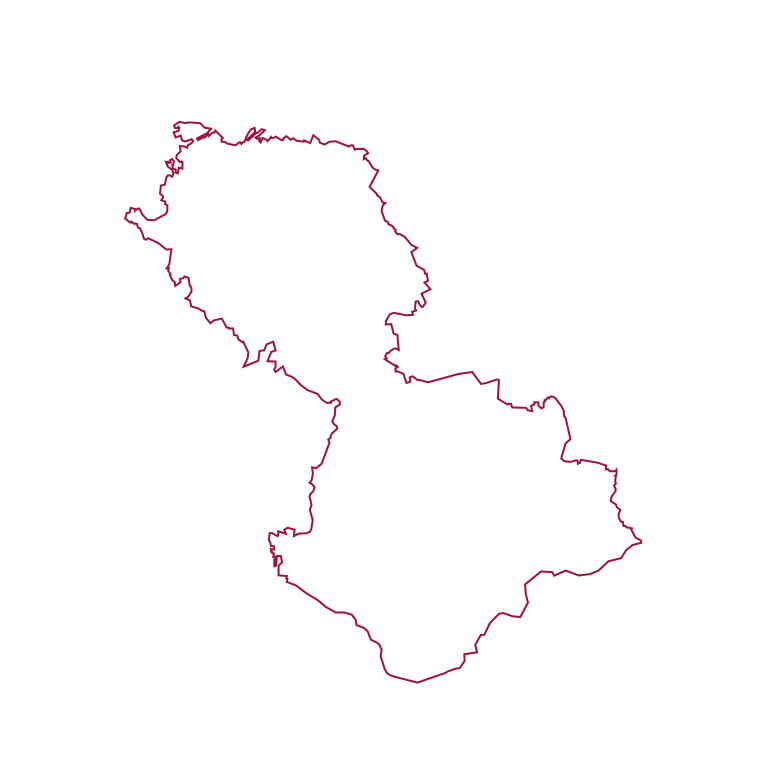 Qalqiliya, West Bank, Palestine, rotated 258°
{"feature_id": "87354302B40414204592822", "entity_name": "Qalqiliya", "entity_type": "district", "adm_level": 2, "iso_a3": "PSE", "parent_name": "Palestine", "parent_adm1": "West Bank", "projection": "orthographic", "projection_center": [35.101, 32.181], "detail": "fine", "context": "isolated", "style": "outline", "palette": "rose", "viewbox_px": 768, "rotation_deg": 258, "n_neighbors": 0, "source": "geoboundaries", "source_scale": "gbopen_adm2", "svg_char_len": 6158}
<svg xmlns="http://www.w3.org/2000/svg" viewBox="0 0 768 768"><g transform="rotate(258 384 384)"><path d="M210.6,247.8L205.3,256.0L196.0,264.0L186.4,274.2L177.9,280.9L170.5,289.3L168.9,297.3L165.0,304.5L159.4,307.2L153.9,307.0L149.4,313.9L145.1,316.7L136.6,318.0L132.6,323.2L129.9,325.4L124.4,326.3L118.2,324.1L104.6,325.5L100.4,327.1L97.7,329.7L95.6,333.2L85.0,354.6L88.7,384.6L89.6,386.4L90.5,393.0L90.6,399.3L96.4,405.3L103.0,406.4L102.2,419.3L109.9,419.0L118.4,426.5L117.9,430.1L128.2,437.9L135.3,448.7L135.2,452.9L130.0,461.7L127.7,468.9L140.3,479.4L148.7,479.0L158.6,480.3L168.0,498.7L165.0,509.4L161.1,510.7L163.8,522.9L156.2,534.7L155.2,546.2L156.9,555.1L164.0,566.8L164.3,579.7L171.2,586.4L174.8,593.5L175.2,602.6L177.4,602.8L181.9,597.9L190.3,595.6L191.2,596.5L193.5,591.3L194.8,590.7L195.4,588.7L199.5,588.9L200.2,587.0L203.9,586.0L207.4,586.2L211.8,589.0L215.3,586.1L217.8,585.9L222.4,581.5L226.7,583.3L230.6,587.8L232.9,588.8L236.7,587.9L238.6,590.2L240.4,589.8L245.3,591.5L246.1,591.0L246.2,591.9L248.5,593.0L251.8,593.5L250.7,592.0L251.7,586.7L254.2,585.3L254.3,583.2L258.0,584.3L262.6,576.6L268.9,560.8L266.0,559.2L265.6,557.1L268.8,557.4L269.5,555.3L269.0,550.5L270.6,545.4L271.3,544.0L274.4,541.9L288.3,549.3L291.2,554.9L312.9,554.6L315.4,553.4L320.1,554.3L325.6,552.9L334.9,548.5L337.1,545.4L336.6,542.4L335.7,542.2L336.5,541.2L334.6,538.7L334.8,537.8L333.1,537.4L332.9,536.4L328.1,535.3L327.5,532.9L330.8,530.5L333.8,531.3L334.8,527.2L332.9,526.9L332.0,523.3L326.6,523.3L328.3,519.3L331.2,517.9L334.4,504.5L338.1,504.1L338.8,501.4L338.2,500.5L346.0,492.4L363.9,497.2L365.0,495.5L363.7,484.1L363.9,479.0L377.4,472.7L378.3,458.8L376.5,427.2L379.6,421.7L381.0,417.5L385.6,413.6L385.2,410.6L380.8,410.2L380.3,406.2L390.0,405.1L393.6,399.7L393.8,397.9L396.8,398.5L397.8,401.1L399.8,399.7L399.3,398.9L408.1,389.9L408.5,392.0L410.9,390.9L413.7,393.3L413.5,395.0L415.3,397.7L416.6,401.6L416.4,402.9L414.2,405.5L429.2,407.3L431.2,403.9L441.0,403.5L441.9,398.1L445.0,398.9L450.0,403.2L451.0,404.8L451.6,408.3L446.6,419.9L445.6,426.8L448.8,426.5L449.2,430.7L451.8,430.0L458.1,432.2L457.9,434.5L453.5,435.7L451.3,437.1L451.8,438.4L455.0,441.7L464.5,439.5L467.1,449.1L474.9,444.7L475.7,448.4L483.2,448.7L483.3,447.2L487.3,447.0L493.0,440.4L507.3,438.2L510.3,444.7L514.3,439.7L523.5,435.0L527.1,430.9L528.1,427.9L530.7,426.7L532.1,427.5L534.3,425.7L535.4,425.9L537.7,424.1L539.3,421.6L541.4,421.6L543.7,418.9L553.6,417.6L558.7,419.8L560.9,422.9L561.9,420.4L567.4,418.9L570.1,416.4L571.0,416.7L579.8,410.9L594.1,422.8L595.6,419.9L598.5,417.6L605.1,415.4L606.1,414.1L608.6,413.2L608.1,411.0L611.4,411.9L613.1,416.5L615.6,415.3L618.2,413.1L619.6,406.0L619.3,404.1L623.9,403.2L624.4,401.8L623.5,399.1L631.4,387.3L632.3,381.0L630.6,375.8L633.4,371.4L636.2,371.3L642.0,366.7L635.0,361.9L638.7,356.6L637.8,356.5L637.9,355.5L639.9,349.3L643.2,346.3L642.3,343.5L646.7,340.1L645.4,336.9L643.6,336.2L643.7,334.6L648.5,329.5L647.8,328.5L648.0,324.9L649.0,324.8L645.7,320.6L647.0,320.2L649.8,316.6L646.0,313.4L647.9,312.4L650.0,313.8L650.3,310.8L651.9,309.6L652.8,313.4L657.0,320.2L658.7,317.3L656.0,312.6L655.9,310.7L650.4,301.7L651.3,300.7L657.4,310.5L661.4,310.7L660.8,306.8L657.2,303.0L649.8,297.7L649.8,296.1L648.4,294.4L650.4,293.5L650.4,292.4L648.3,288.4L652.0,280.3L654.0,278.6L654.6,275.6L657.1,275.9L658.2,277.5L667.0,271.7L665.3,270.7L665.5,268.4L663.0,264.2L665.0,264.2L662.4,259.9L663.0,259.6L661.2,252.8L663.0,252.1L666.2,263.3L669.7,267.9L672.0,261.9L677.3,258.4L680.4,248.0L680.6,243.7L683.0,238.3L680.5,232.4L678.0,232.7L677.3,234.6L678.4,236.6L677.0,236.9L674.3,235.6L673.9,230.5L668.4,231.5L669.3,236.8L664.5,237.1L662.5,239.8L663.4,246.8L661.2,247.8L659.4,245.6L658.4,241.8L656.0,240.5L657.7,238.5L659.3,233.9L653.8,233.3L650.9,228.8L648.3,227.8L643.4,230.5L643.9,232.1L643.1,233.0L636.6,231.6L638.2,228.3L632.9,226.1L634.2,224.2L637.1,224.8L638.9,222.0L642.5,222.6L642.3,223.5L645.7,224.8L648.1,223.6L647.3,221.0L645.1,221.5L645.1,218.8L646.1,218.9L646.7,216.8L641.5,217.8L637.6,221.2L634.0,222.0L630.8,219.7L632.5,218.1L633.0,216.0L631.1,213.9L624.6,211.2L624.5,207.0L616.6,204.5L614.6,206.4L612.5,206.8L610.0,204.4L607.8,208.1L605.5,207.3L603.8,209.3L597.8,207.8L595.6,205.8L591.9,193.1L593.4,188.0L593.8,186.7L599.6,183.0L606.5,181.1L606.8,179.8L605.3,176.8L606.7,177.4L608.9,172.8L604.5,170.8L604.8,168.0L599.7,165.2L595.0,169.0L594.5,170.1L595.3,170.6L592.6,173.0L593.0,173.5L591.9,175.7L588.1,175.8L587.3,177.5L582.4,178.8L575.7,179.5L574.6,181.2L575.6,183.7L568.5,192.8L560.9,198.9L560.0,204.1L545.6,198.8L542.3,195.5L542.0,197.6L539.8,196.4L535.7,198.1L535.2,197.2L529.6,198.5L527.0,200.5L523.3,200.2L525.9,206.1L529.3,206.4L529.2,209.8L530.7,211.2L529.0,214.2L528.2,214.8L520.9,214.5L518.3,215.6L514.4,214.9L510.3,210.8L509.0,207.6L506.3,211.5L500.0,211.6L496.4,218.4L493.6,221.0L492.4,223.3L485.7,223.6L479.6,226.8L481.6,231.0L481.7,239.0L472.0,241.8L471.2,244.1L470.5,244.0L469.7,247.9L463.2,247.5L461.9,250.5L457.7,250.9L454.5,254.1L454.7,255.1L442.9,257.9L437.5,255.9L430.1,250.3L432.9,266.0L442.3,269.1L441.8,273.6L447.2,277.5L448.4,284.4L439.4,285.0L438.8,280.4L430.4,274.8L428.6,282.6L423.8,281.7L420.8,279.5L418.3,280.4L422.1,288.7L413.5,290.3L410.4,295.2L407.6,297.9L400.3,302.3L393.8,308.1L388.1,317.0L381.7,320.0L377.5,323.9L376.7,328.1L377.8,328.2L379.4,334.3L376.2,337.0L373.1,336.6L371.3,331.6L363.6,329.3L358.1,325.6L354.6,327.0L352.6,329.0L350.1,329.0L346.7,323.2L344.8,321.3L342.2,320.3L341.3,317.9L338.4,318.5L336.4,317.5L319.1,306.5L315.7,300.1L317.5,296.3L311.1,295.8L304.9,293.2L302.8,290.6L300.6,293.1L297.5,294.6L293.9,292.5L291.4,288.9L289.5,287.8L281.0,288.0L276.2,285.3L265.8,286.0L256.9,282.6L254.9,280.9L254.1,277.0L255.4,269.3L253.9,264.3L260.1,266.2L263.4,259.8L262.1,256.0L257.8,257.0L261.9,249.9L258.2,249.2L257.3,248.3L261.5,243.4L261.9,241.2L255.2,238.9L252.8,239.8L249.2,239.7L248.1,242.6L244.8,242.2L246.1,239.0L243.4,238.8L243.1,239.6L241.7,239.5L241.1,241.2L238.0,239.7L237.6,241.9L235.5,241.6L235.3,240.2L228.5,238.9L228.8,240.6L237.9,243.5L237.3,247.3L230.9,247.2L228.1,243.1L218.8,241.1L216.3,249.1L214.2,248.0L213.5,249.0L210.6,247.8Z" fill="none" stroke="#9f1239" stroke-width="2"/></g></svg>